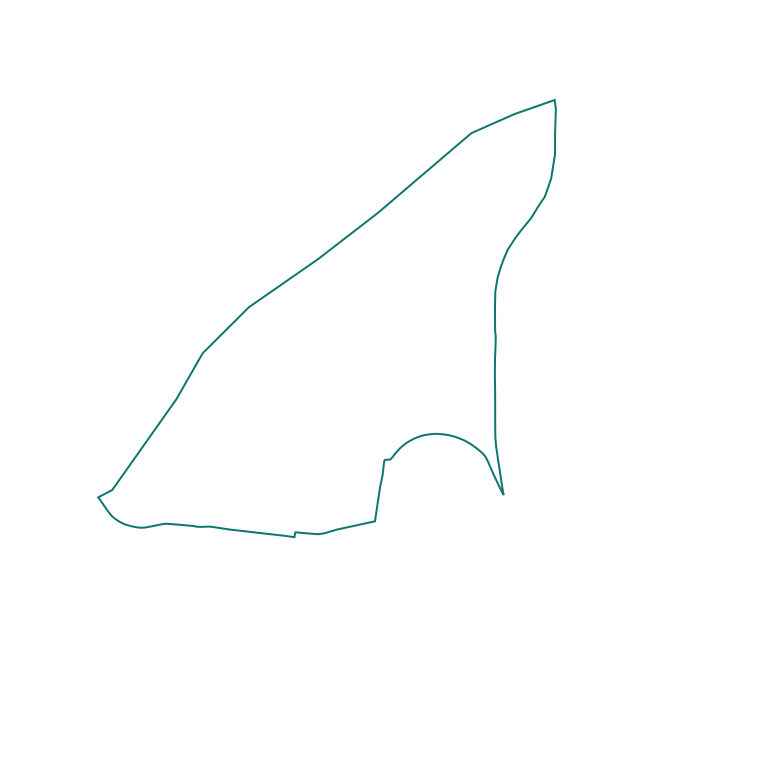 Bulaq, Al Qahirah, Egypt (Natural Earth projection), rotated 56°
{"feature_id": "37247803B29547542469056", "entity_name": "Bulaq", "entity_type": "district", "adm_level": 2, "iso_a3": "EGY", "parent_name": "Egypt", "parent_adm1": "Al Qahirah", "projection": "natural_earth1", "projection_center": [31.238, 30.062], "detail": "fine", "context": "isolated", "style": "outline", "palette": "teal", "viewbox_px": 768, "rotation_deg": 56, "n_neighbors": 0, "source": "geoboundaries", "source_scale": "gbopen_adm2", "svg_char_len": 2287}
<svg xmlns="http://www.w3.org/2000/svg" viewBox="0 0 768 768"><g transform="rotate(56 384 384)"><path d="M543.1,346.9L537.4,344.5L498.3,325.9L489.8,321.1L475.8,311.8L463.9,303.8L450.8,295.0L438.4,287.0L425.4,278.0L413.4,269.2L409.2,266.3L407.9,265.4L407.0,264.7L402.3,262.3L382.9,249.4L369.5,239.9L359.6,230.6L352.5,222.0L347.0,214.3L342.0,206.6L336.8,194.5L333.4,184.8L328.7,169.2L323.8,158.4L320.4,150.4L318.9,146.3L317.8,144.9L316.8,143.4L307.3,130.7L289.3,113.8L272.0,102.1L252.1,87.7L244.0,83.7L233.2,124.8L224.9,171.1L228.9,206.7L232.4,237.6L238.7,292.8L243.6,368.9L244.4,425.7L244.8,453.1L252.4,492.4L257.1,517.1L280.6,564.8L286.2,579.6L308.6,638.7L319.9,668.5L318.2,684.3L318.8,684.3L319.5,684.2L335.1,684.0L341.7,683.4L343.5,682.9L345.2,682.4L350.1,680.4L355.3,677.5L359.4,674.0L360.0,673.5L360.6,673.0L364.3,669.4L367.3,665.9L368.3,664.2L369.3,662.6L372.3,655.7L375.7,647.5L377.4,643.7L379.2,641.3L385.7,633.0L395.2,621.4L398.1,618.5L399.1,617.0L400.2,615.5L401.8,612.9L402.4,611.9L403.8,609.8L405.2,607.6L418.3,593.4L433.5,575.6L434.7,574.2L435.5,573.3L454.6,550.9L460.9,543.9L459.1,542.2L457.4,540.4L465.6,530.3L469.9,524.9L471.9,522.3L473.2,519.7L474.9,515.7L475.6,513.2L476.4,510.7L478.5,504.1L492.8,468.3L467.2,444.8L458.7,436.1L448.2,427.1L447.5,426.0L447.9,424.8L448.9,423.1L450.1,421.2L449.3,417.3L448.7,415.7L448.1,414.1L447.9,413.4L447.6,412.4L447.2,410.8L446.8,409.1L446.4,407.5L446.1,405.7L445.9,404.0L445.7,402.3L445.6,400.5L445.5,398.8L445.5,397.1L445.6,395.3L445.7,393.6L445.9,391.9L446.1,390.2L446.4,388.4L446.7,386.8L447.1,385.1L447.5,383.4L448.0,381.8L448.6,380.2L450.9,374.9L453.2,370.7L453.8,369.7L454.5,368.7L455.1,367.8L455.8,366.8L456.5,365.9L457.3,365.0L458.0,364.1L458.7,363.2L459.5,362.3L460.3,361.4L461.1,360.6L461.9,359.8L462.7,358.9L463.6,358.1L464.4,357.3L465.3,356.5L466.2,355.8L467.0,355.0L467.9,354.3L468.9,353.6L469.8,352.9L470.7,352.2L471.7,351.6L472.6,351.0L473.6,350.3L474.6,349.7L475.5,349.1L476.5,348.5L477.5,348.0L478.6,347.5L479.6,347.0L480.6,346.5L481.7,346.0L482.7,345.5L483.8,345.1L484.8,344.7L485.9,344.3L487.0,344.0L488.0,343.6L489.4,343.1L495.2,341.4L498.5,340.8L501.4,340.6L505.4,341.0L507.7,341.4L510.0,341.9L520.5,343.8L528.4,345.0L535.6,346.1L541.8,346.8L543.1,346.9Z" fill="none" stroke="#0f766e" stroke-width="2"/></g></svg>